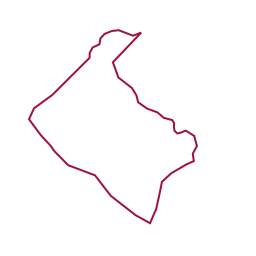 the County of Mityana, rotated 140°
{"feature_id": "UGA-3094", "entity_name": "Mityana", "entity_type": "County", "adm_level": 1, "iso_a3": "UGA", "parent_name": "Uganda", "parent_adm1": "", "projection": "robinson", "projection_center": [32.026, 0.462], "detail": "fine", "context": "isolated", "style": "outline", "palette": "rose", "viewbox_px": 256, "rotation_deg": 140, "n_neighbors": 0, "source": "natural_earth", "source_scale": "10m", "svg_char_len": 713}
<svg xmlns="http://www.w3.org/2000/svg" viewBox="0 0 256 256"><g transform="rotate(140 128 128)"><path d="M123.7,65.5L136.6,65.0L142.7,60.0L158.2,48.0L172.3,40.9L178.2,56.2L182.8,77.6L184.8,87.3L183.7,112.9L197.7,137.8L199.3,157.2L198.7,164.3L199.4,178.6L198.2,198.4L187.3,203.5L164.8,202.0L158.8,202.5L119.2,205.9L112.4,206.4L109.0,210.2L103.3,212.4L96.1,210.5L91.5,214.4L85.3,215.1L78.0,212.7L72.3,208.9L64.8,195.5L56.6,192.6L97.3,188.1L102.9,172.8L99.3,156.1L100.5,147.8L103.7,141.1L100.9,130.6L95.4,121.0L94.1,112.9L89.0,105.6L89.7,101.9L92.2,99.2L94.2,95.9L93.7,92.1L89.9,90.2L85.5,89.0L82.4,79.4L86.8,69.9L94.9,66.7L98.8,60.4L106.8,62.6L123.7,65.5Z" fill="none" stroke="#9f1239" stroke-width="2"/></g></svg>